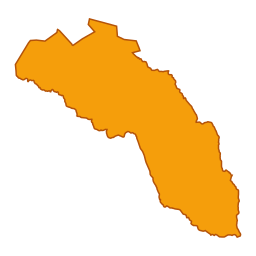 Hwedza, Mashonaland East, Zimbabwe (Mercator projection)
{"feature_id": "62879985B61982490553927", "entity_name": "Hwedza", "entity_type": "district", "adm_level": 2, "iso_a3": "ZWE", "parent_name": "Zimbabwe", "parent_adm1": "Mashonaland East", "projection": "mercator", "projection_center": [31.714, -18.765], "detail": "fine", "context": "isolated", "style": "filled", "palette": "amber", "viewbox_px": 256, "rotation_deg": 0, "n_neighbors": 0, "source": "geoboundaries", "source_scale": "gbopen_adm2", "svg_char_len": 5819}
<svg xmlns="http://www.w3.org/2000/svg" viewBox="0 0 256 256"><path d="M240.4,235.5L240.6,234.7L240.4,233.7L239.1,231.7L238.6,230.4L237.1,227.9L236.6,225.3L236.7,224.0L236.9,223.1L236.9,221.9L237.3,220.6L236.6,217.5L236.5,215.7L236.8,215.0L237.3,214.6L238.6,213.5L238.8,213.0L238.9,212.3L238.8,211.7L238.2,210.0L238.2,207.2L238.0,206.4L238.4,202.7L239.2,201.1L239.1,200.4L238.7,199.1L238.3,198.3L238.3,196.3L238.5,194.5L238.5,191.2L238.4,190.3L238.1,189.9L236.7,189.2L236.2,188.6L235.9,186.9L235.1,186.3L234.1,184.6L232.9,183.6L231.7,181.5L230.8,180.9L230.4,180.5L230.7,179.2L231.4,176.5L231.9,175.9L232.1,175.3L231.4,175.4L230.2,173.3L229.8,172.8L229.7,172.7L229.3,172.8L228.9,172.0L227.8,171.4L226.4,170.2L226.1,170.1L225.7,170.2L224.9,171.3L223.9,171.3L223.2,171.1L222.6,170.5L222.3,168.7L221.8,167.7L221.5,166.4L221.5,161.2L221.1,160.6L220.5,160.0L220.1,157.7L220.2,156.7L220.1,155.1L220.3,154.1L220.3,153.5L220.2,153.0L219.2,151.8L219.1,150.5L218.5,148.8L218.5,145.5L218.4,145.1L219.0,144.2L218.9,143.0L218.4,142.2L218.6,141.6L218.7,140.9L218.7,139.2L219.1,137.9L219.1,137.2L218.9,136.5L218.4,135.9L217.7,135.2L217.3,134.5L216.1,131.0L215.5,130.1L214.2,127.0L213.1,125.9L212.7,124.6L211.6,122.7L211.2,122.5L210.1,122.2L209.6,122.2L208.8,121.9L207.6,121.8L207.0,122.2L204.4,122.7L204.2,122.8L203.7,123.5L202.7,123.9L202.0,123.9L201.6,123.7L200.8,123.0L200.7,123.0L200.3,122.6L199.7,122.1L196.2,122.3L196.2,121.2L197.4,118.8L197.1,117.4L196.7,116.1L196.4,114.9L195.9,114.4L193.7,110.7L193.3,109.7L192.4,108.5L191.9,107.0L191.5,106.3L189.7,104.5L186.4,100.6L186.1,100.1L185.7,98.5L185.5,98.2L185.2,97.9L184.8,97.9L183.9,98.6L183.6,98.5L183.6,97.9L183.4,97.7L183.5,96.7L183.1,95.9L182.6,95.5L182.3,95.1L182.3,94.9L182.4,94.3L182.3,94.0L181.5,93.2L180.1,92.5L179.7,91.6L179.6,91.2L179.9,90.3L179.7,89.5L177.0,88.4L176.2,86.7L176.1,86.1L175.1,84.2L175.2,83.7L175.7,82.5L175.6,81.3L175.5,80.8L173.9,79.1L173.5,78.3L173.5,77.9L172.1,77.0L172.1,75.4L171.7,74.9L171.2,74.7L169.7,74.7L168.8,74.4L168.3,73.8L168.1,72.3L168.6,71.2L168.6,70.9L168.1,70.8L167.1,71.0L166.2,71.0L165.0,71.3L164.2,71.3L163.2,71.7L161.2,71.4L159.7,71.5L159.3,71.4L158.8,71.0L158.2,70.1L157.3,69.4L154.4,70.4L151.9,70.3L151.2,69.5L150.9,68.7L150.5,68.2L149.6,67.9L148.0,67.0L147.7,66.7L146.9,63.7L146.0,61.9L144.4,61.5L142.9,61.6L142.6,61.5L141.6,60.2L141.1,59.0L140.7,58.8L139.5,59.0L139.2,58.7L138.8,57.7L138.5,57.6L137.6,57.8L137.2,57.1L136.5,56.8L135.4,55.8L133.3,53.7L132.5,52.7L140.0,50.7L138.7,47.0L138.6,46.9L136.2,40.9L124.1,39.5L117.4,36.3L116.6,26.2L100.8,21.9L100.6,21.9L89.5,18.9L88.3,24.5L94.7,31.8L82.4,38.8L73.0,45.4L72.1,44.9L71.8,44.1L59.5,30.7L57.6,29.4L57.5,29.5L56.9,32.5L45.0,41.1L36.4,40.1L30.4,40.5L28.5,42.9L15.4,64.5L16.0,70.5L16.3,75.3L16.9,76.2L17.6,76.5L18.0,77.4L18.9,78.1L20.0,78.3L21.3,79.2L21.8,79.3L22.7,79.8L23.7,79.8L24.6,79.3L25.9,78.4L26.7,78.5L27.3,78.8L27.8,79.4L27.8,80.0L27.6,80.9L27.9,81.5L28.3,81.5L28.5,81.2L28.7,80.7L30.2,79.9L31.1,80.2L31.6,80.6L33.5,80.4L34.0,81.0L34.3,82.3L35.2,83.6L36.6,84.2L36.9,84.7L38.4,86.2L39.0,87.6L40.0,87.6L40.3,88.7L40.9,89.2L42.3,90.0L43.7,89.9L44.6,90.3L45.3,91.0L45.6,91.1L46.6,91.0L47.5,91.3L48.6,91.0L48.9,90.8L49.8,91.0L50.1,91.7L50.3,91.8L50.8,91.7L51.0,90.7L52.2,89.5L52.4,89.5L52.9,89.7L53.5,90.8L54.3,91.6L55.4,91.8L56.5,92.3L57.4,91.9L58.1,92.2L58.6,93.9L58.9,94.6L59.5,94.8L60.1,94.9L61.3,95.3L61.4,95.5L61.7,95.6L62.5,95.4L63.2,95.9L63.6,97.8L64.8,99.5L64.8,101.3L65.9,103.6L66.0,104.8L66.3,105.8L67.0,106.4L69.1,107.2L69.8,107.3L71.8,108.3L74.4,108.7L75.9,110.0L76.1,110.6L76.2,111.4L77.0,113.6L77.0,114.1L77.2,115.6L76.9,115.9L77.4,116.3L80.2,116.6L80.7,117.2L81.3,117.5L86.3,118.0L87.0,118.3L87.9,119.1L89.2,119.5L91.8,119.3L91.9,119.8L91.5,120.6L91.5,121.7L91.9,122.4L92.2,122.5L92.6,123.0L92.7,124.1L93.6,126.3L93.7,126.5L93.9,127.3L94.4,128.5L94.9,128.9L97.0,129.5L98.6,130.5L99.8,130.7L100.2,130.6L101.0,130.0L101.7,130.5L102.1,130.5L103.6,130.3L105.2,129.4L107.0,129.5L106.4,131.3L106.6,133.5L106.8,133.9L107.2,135.4L107.7,136.5L108.2,137.2L109.1,137.8L110.8,138.2L111.9,137.6L113.5,137.4L115.3,136.1L117.9,135.2L118.7,135.1L119.0,135.3L119.7,135.7L120.4,135.9L122.5,136.9L122.9,137.0L123.7,137.0L124.2,136.3L124.7,134.2L125.3,133.2L125.7,132.7L127.8,131.5L128.4,131.6L129.3,131.9L130.9,133.0L132.5,132.7L133.5,133.2L134.0,133.7L135.2,134.1L135.6,134.6L136.1,136.0L136.2,136.3L136.4,136.3L136.7,137.0L136.8,138.2L138.1,141.6L140.3,148.2L140.7,148.9L142.1,150.7L142.9,152.1L144.3,155.6L145.5,160.4L146.2,162.7L149.8,170.9L150.0,171.9L150.2,174.4L150.9,175.6L152.9,177.8L153.0,178.1L153.0,179.7L153.4,181.5L154.5,183.6L156.0,185.8L156.0,186.2L156.9,187.8L157.0,188.9L158.3,192.1L158.8,193.1L159.3,193.5L159.4,194.9L159.1,196.2L159.1,197.3L159.6,199.4L159.7,199.5L160.4,199.5L160.5,199.7L160.5,200.2L160.2,200.6L160.3,201.7L160.5,202.2L161.6,203.5L162.1,204.1L163.1,204.8L163.6,206.1L164.2,206.9L164.7,207.0L165.3,207.0L165.7,206.6L166.1,206.5L166.5,206.0L167.2,206.1L168.6,206.8L169.3,207.5L170.0,207.9L172.4,208.0L172.8,208.3L173.2,208.3L175.1,208.9L178.8,209.4L180.2,210.0L183.1,214.0L183.8,214.3L185.0,214.5L186.2,215.3L186.6,217.3L186.8,217.7L187.1,217.8L188.0,217.5L188.3,217.5L188.9,218.2L189.5,219.8L191.4,221.2L191.5,221.7L191.0,223.4L191.3,223.9L191.9,224.5L193.5,225.5L196.3,225.6L197.0,225.9L197.5,226.3L197.6,227.2L198.1,228.7L198.4,229.3L199.1,230.0L200.2,230.5L201.4,230.7L202.2,231.0L203.5,231.1L204.0,231.1L205.2,230.5L206.6,231.6L210.2,234.1L210.5,234.4L210.8,235.1L211.2,235.0L211.9,234.5L212.5,234.5L213.2,234.7L214.1,235.4L214.5,235.4L214.7,235.2L215.2,234.5L215.8,234.4L217.3,235.2L219.4,236.8L222.2,237.0L224.0,237.0L224.7,236.8L227.6,235.1L228.3,234.9L230.4,234.9L232.1,235.4L233.1,234.8L234.8,234.6L235.6,235.0L236.6,236.2L237.0,237.0L237.3,237.1L240.2,236.0L240.4,235.5Z" fill="#f59e0b" stroke="#b45309" stroke-width="1.5"/></svg>